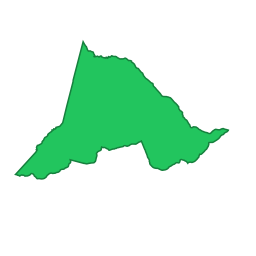 Turrialba, Cartago, Costa Rica, rotated 284°
{"feature_id": "36466004B38119903555726", "entity_name": "Turrialba", "entity_type": "district", "adm_level": 2, "iso_a3": "CRI", "parent_name": "Costa Rica", "parent_adm1": "Cartago", "projection": "robinson", "projection_center": [-83.562, 9.784], "detail": "fine", "context": "isolated", "style": "filled", "palette": "green", "viewbox_px": 256, "rotation_deg": 284, "n_neighbors": 0, "source": "geoboundaries", "source_scale": "gbopen_adm2", "svg_char_len": 5801}
<svg xmlns="http://www.w3.org/2000/svg" viewBox="0 0 256 256"><g transform="rotate(284 128 128)"><path d="M149.9,225.9L150.2,225.9L150.3,223.2L150.2,222.4L150.5,220.5L150.3,220.0L150.0,219.6L149.6,218.7L148.9,218.1L148.2,216.9L148.1,215.5L148.0,214.9L148.0,214.0L147.9,213.3L147.2,212.4L146.2,211.6L145.6,211.0L142.7,209.3L142.3,208.3L142.3,207.4L142.6,205.9L142.5,203.1L142.7,202.7L143.0,200.2L143.6,198.6L143.9,197.0L144.7,195.8L145.4,193.8L145.0,191.3L144.7,190.8L144.2,190.5L144.0,190.3L143.7,189.5L143.7,188.8L144.0,188.4L144.5,188.1L145.1,187.6L145.7,187.3L146.1,187.0L146.9,185.8L149.4,183.5L149.9,182.8L150.1,181.8L150.3,181.4L151.7,179.8L151.9,179.4L152.2,178.6L153.5,178.3L154.2,177.7L154.4,177.4L154.5,177.3L155.8,177.3L156.2,177.1L156.6,176.7L156.8,176.1L157.2,175.6L157.4,174.4L157.6,174.1L158.2,173.7L158.8,172.8L159.8,172.3L160.9,172.0L161.4,171.4L161.6,170.8L161.9,170.6L162.3,170.2L162.8,169.3L163.6,168.2L163.8,167.4L164.2,166.9L164.5,166.3L164.9,165.8L166.5,163.6L167.5,162.0L167.6,161.4L167.6,160.7L167.8,159.8L167.7,158.6L167.8,157.9L167.2,155.2L167.1,154.5L167.2,153.4L167.3,153.2L168.5,151.7L169.1,151.1L171.5,147.6L172.3,146.3L173.4,145.0L174.1,143.7L174.8,142.6L175.2,142.3L177.1,141.4L177.3,140.9L177.3,140.0L177.6,139.3L177.8,138.8L178.4,137.8L179.2,136.3L179.4,135.8L179.7,135.3L180.3,133.6L180.7,132.8L182.5,130.5L183.4,129.9L183.9,129.4L184.4,129.2L184.8,128.8L185.1,127.8L185.5,127.1L185.9,126.4L186.4,125.9L186.8,125.2L187.8,124.1L188.2,123.5L188.3,121.8L188.7,121.1L188.9,120.8L189.8,120.2L190.4,119.5L191.4,118.9L192.1,117.5L192.3,117.3L192.8,115.6L193.8,115.2L193.9,114.8L194.0,113.4L193.7,112.7L193.6,112.3L194.9,109.7L195.0,109.4L195.1,108.6L195.1,108.3L194.7,107.7L194.1,107.0L194.0,106.6L193.7,106.0L193.5,105.0L193.1,103.6L193.1,102.9L193.5,102.0L193.6,100.9L194.3,99.6L194.4,98.9L194.4,98.4L194.2,97.9L193.8,95.5L193.9,95.2L194.2,95.0L194.2,94.9L194.1,94.7L193.8,94.4L192.7,93.8L192.3,93.4L192.3,93.1L192.6,92.5L192.6,91.8L192.4,91.7L192.1,91.7L191.9,91.9L191.7,92.0L191.3,91.6L190.7,91.0L190.8,90.6L191.3,90.4L191.4,89.7L191.1,89.5L190.5,89.3L190.3,89.1L190.3,88.7L190.5,88.1L190.3,87.6L190.3,86.9L190.5,86.4L190.6,85.3L190.8,85.0L191.3,84.8L191.3,84.4L191.1,83.8L189.9,82.8L190.0,81.9L190.3,81.3L190.3,80.9L189.8,80.2L189.1,78.6L189.0,78.2L189.0,77.8L189.1,77.7L190.4,78.2L190.6,77.8L191.1,77.5L191.8,76.7L193.1,76.0L193.2,75.6L193.3,74.6L193.3,73.8L193.6,73.1L193.6,72.4L193.1,71.4L193.1,71.0L193.2,70.8L194.1,69.7L195.3,69.0L196.2,68.3L196.8,68.0L197.0,67.7L197.5,66.7L198.0,66.4L198.4,65.8L200.8,63.6L161.2,63.2L159.7,63.5L134.4,63.3L117.3,63.4L113.1,61.4L111.2,58.0L110.6,57.9L110.5,58.1L109.9,58.0L109.7,57.9L109.4,57.3L109.2,56.6L109.2,56.2L108.7,56.2L108.4,56.3L108.1,56.2L107.9,55.8L107.8,54.8L106.3,54.9L105.2,53.8L104.1,53.0L103.2,52.2L102.3,51.8L102.1,51.8L101.9,52.0L101.4,51.9L100.3,51.4L100.0,51.2L98.7,49.7L97.4,49.2L96.8,49.2L95.4,48.9L95.2,48.6L93.9,48.0L93.5,48.2L92.9,48.2L92.2,47.9L91.1,47.1L90.8,46.6L89.9,45.6L89.8,45.4L89.3,45.0L89.2,44.3L87.7,44.0L87.0,43.9L85.9,44.5L85.5,44.8L85.1,44.8L84.8,44.6L84.7,44.4L84.3,44.8L84.3,45.0L82.2,44.4L55.7,30.1L55.7,31.6L55.5,32.2L55.5,33.7L55.2,34.6L55.9,35.2L56.8,36.3L56.7,37.2L56.9,37.8L56.9,38.5L56.4,39.5L57.1,41.9L58.0,43.3L58.9,44.3L60.2,44.9L60.4,45.1L60.5,45.5L60.5,46.7L60.2,47.4L59.7,48.1L58.9,48.6L58.4,49.6L58.2,50.2L56.9,51.9L56.9,52.5L57.4,53.9L57.6,56.2L58.1,57.7L58.6,58.6L59.1,59.3L59.6,59.6L60.5,60.4L61.2,60.7L62.3,60.9L63.9,62.2L64.6,62.6L65.2,63.4L65.7,64.3L65.7,66.0L66.2,67.2L66.5,68.2L67.5,69.4L68.2,70.9L68.6,71.4L69.6,72.2L71.1,72.6L71.9,73.8L72.3,75.0L72.6,75.7L73.4,76.5L74.3,76.9L74.4,77.2L74.5,77.7L75.9,79.2L76.6,79.4L78.3,79.4L78.8,79.4L79.4,79.8L79.9,80.3L80.8,80.6L81.4,80.6L83.2,79.6L83.0,93.7L83.1,94.1L83.2,96.5L83.7,97.7L84.3,98.7L84.4,99.2L84.8,99.8L84.9,100.3L85.2,100.9L85.7,102.4L85.8,102.7L86.1,103.4L86.4,103.6L87.2,103.9L87.5,104.4L88.7,104.5L91.6,104.4L92.1,104.5L93.7,104.5L94.4,104.3L95.4,103.6L95.7,103.6L97.5,104.3L98.4,105.2L99.7,106.9L100.5,107.2L100.8,107.2L101.2,107.0L103.2,107.1L103.1,107.5L102.9,108.0L102.9,108.5L103.4,109.7L103.4,110.6L102.9,112.2L102.7,113.7L102.4,114.3L102.1,114.5L101.9,114.8L102.0,115.5L103.6,117.8L103.9,118.3L104.4,119.9L105.0,120.5L105.3,121.4L106.3,122.5L106.7,123.4L106.7,123.7L107.3,124.5L108.8,127.7L109.7,128.3L109.9,128.5L110.2,129.6L110.1,130.7L110.1,131.3L110.2,131.8L110.5,132.3L110.9,132.8L111.4,133.6L112.3,134.1L112.6,134.6L113.3,135.4L114.3,139.6L114.5,139.7L115.5,140.8L116.7,141.8L117.0,142.1L117.4,143.0L118.6,144.1L111.3,149.4L111.0,149.9L110.5,150.1L109.4,150.8L106.4,153.0L104.4,154.1L102.6,156.0L102.0,156.5L100.6,156.8L99.8,157.4L98.6,157.8L98.2,158.2L97.8,158.5L97.4,159.3L96.7,160.3L96.0,161.5L95.7,162.5L95.6,163.3L95.7,165.0L95.8,165.6L96.0,166.2L96.0,166.9L95.4,169.8L95.3,170.5L95.3,171.5L96.4,174.2L97.3,175.5L98.0,176.2L99.1,176.9L100.2,177.3L100.4,177.5L101.6,179.0L103.2,180.3L104.2,181.8L105.8,183.0L106.2,183.8L106.4,185.6L106.6,186.0L107.6,186.4L109.4,186.4L109.9,186.5L110.0,186.6L110.4,187.6L110.2,189.2L110.3,190.4L110.2,190.6L109.9,191.1L109.9,191.4L109.6,192.9L108.3,194.5L108.8,194.6L109.2,195.2L109.6,195.7L109.9,196.5L110.0,196.9L110.0,198.1L110.3,198.9L111.6,200.6L112.7,201.5L113.5,201.9L114.3,202.5L115.6,202.9L116.0,203.3L116.2,203.5L116.8,203.7L118.4,203.7L119.9,203.9L120.0,205.0L120.6,205.7L123.2,207.4L124.1,207.9L125.4,208.4L125.8,208.8L126.4,209.3L128.1,209.8L128.9,209.9L129.2,210.2L131.5,210.4L132.1,210.1L133.4,210.0L134.2,212.2L134.3,213.0L134.6,213.7L135.2,214.5L135.7,214.9L136.0,215.3L136.6,215.8L137.5,216.7L137.9,217.1L138.8,217.8L139.5,218.5L140.4,218.9L141.1,219.3L141.8,219.5L142.7,219.8L143.5,220.5L144.1,221.0L144.7,222.0L145.1,222.3L146.4,222.8L147.6,224.0L148.2,224.9L149.9,225.9Z" fill="#22c55e" stroke="#15803d" stroke-width="1.5"/></g></svg>